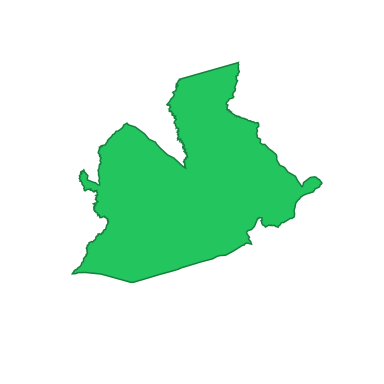 outline of Kasenengwa, Eastern, Zambia, rotated 33°
{"feature_id": "96606910B99834275279733", "entity_name": "Kasenengwa", "entity_type": "district", "adm_level": 2, "iso_a3": "ZMB", "parent_name": "Zambia", "parent_adm1": "Eastern", "projection": "robinson", "projection_center": [32.185, -13.669], "detail": "fine", "context": "isolated", "style": "filled", "palette": "green", "viewbox_px": 384, "rotation_deg": 33, "n_neighbors": 0, "source": "geoboundaries", "source_scale": "gbopen_adm2", "svg_char_len": 6054}
<svg xmlns="http://www.w3.org/2000/svg" viewBox="0 0 384 384"><g transform="rotate(33 192 192)"><path d="M210.8,98.6L210.2,98.6L209.6,97.9L207.2,99.8L205.6,99.6L203.6,100.6L202.4,100.4L200.3,101.6L198.6,101.2L196.9,102.0L196.4,101.6L193.5,102.9L191.7,102.9L191.0,103.5L190.4,103.0L189.1,103.4L189.0,103.9L188.1,104.5L187.4,103.9L186.4,104.6L185.6,104.1L182.4,104.3L181.6,103.4L180.7,104.1L180.1,103.4L179.5,104.1L178.4,102.9L176.6,104.0L176.1,102.7L175.2,101.8L174.7,99.5L172.9,99.7L172.2,98.6L172.8,95.4L172.6,93.7L175.1,90.8L175.2,89.4L173.2,88.7L173.2,87.9L172.7,87.2L172.6,85.8L173.0,83.6L172.2,81.7L171.0,81.4L169.7,75.5L169.6,73.8L167.9,73.6L167.3,72.2L165.8,71.0L167.0,69.3L166.1,67.7L166.3,66.2L165.9,64.9L164.7,64.6L163.3,62.5L162.6,62.3L161.8,59.8L160.7,59.3L160.4,58.2L120.4,104.0L120.9,104.0L121.0,104.4L120.1,105.7L120.0,106.7L120.6,108.2L119.9,109.5L121.1,112.1L121.7,110.1L122.3,110.4L121.8,111.3L123.2,115.9L121.6,118.9L124.1,119.9L124.5,121.9L123.7,125.6L124.0,128.4L123.4,132.4L124.4,132.5L126.1,131.1L126.6,132.1L128.0,132.6L127.4,134.2L127.8,135.2L128.8,135.5L128.7,136.5L130.0,136.5L130.8,135.5L132.1,136.4L132.6,137.2L133.4,136.7L133.2,138.0L133.5,138.4L137.0,137.3L137.0,138.0L136.3,138.9L136.6,139.4L137.5,139.8L138.3,139.2L139.3,139.7L138.9,142.4L139.5,144.0L141.1,143.9L142.0,145.2L143.7,146.2L144.0,147.0L144.4,146.2L145.3,146.4L146.2,146.0L146.7,147.1L146.5,147.9L147.2,147.7L147.7,148.2L146.9,149.9L147.7,149.8L148.5,150.7L149.1,150.8L148.8,151.7L149.4,151.7L149.9,152.5L150.5,152.5L150.6,154.9L151.5,155.4L151.6,156.1L151.9,155.9L152.1,154.5L153.5,154.8L153.8,155.4L153.9,154.2L154.6,155.3L155.4,154.8L156.1,155.1L156.1,156.4L157.9,155.7L158.4,156.1L158.2,156.6L158.6,157.1L159.5,156.7L160.4,157.4L160.1,158.6L159.5,158.8L160.0,159.7L160.9,159.0L161.2,160.5L162.3,160.0L162.6,160.5L163.0,159.9L163.2,160.5L163.8,160.6L163.2,162.3L164.1,162.5L164.3,162.0L164.7,162.4L165.3,162.2L165.4,162.7L166.0,162.2L166.2,163.3L167.8,163.6L167.9,164.4L169.2,165.0L168.2,166.2L168.6,166.3L168.4,167.0L168.9,167.8L168.4,168.1L168.5,168.9L168.0,169.0L168.6,170.8L168.4,171.3L168.9,171.5L169.1,171.0L169.7,171.7L170.2,171.4L171.2,173.4L171.7,173.6L171.7,174.6L172.2,174.9L172.9,174.7L173.6,175.4L170.4,175.5L158.2,173.4L151.3,174.2L141.9,172.6L136.4,171.2L134.1,170.1L127.2,171.2L120.7,169.1L109.0,168.4L102.0,170.3L100.2,169.6L99.8,170.0L98.2,173.2L98.7,174.4L98.5,176.7L96.9,180.9L95.2,182.6L95.3,185.7L94.3,186.9L94.3,189.4L93.2,193.8L93.5,194.5L93.2,195.1L93.7,195.8L93.4,197.9L93.7,199.6L90.6,202.8L90.5,203.7L91.1,203.6L90.0,204.8L90.5,205.0L90.6,205.7L91.1,206.1L90.9,206.5L91.4,206.7L91.3,208.2L91.8,209.9L92.5,210.5L93.5,210.4L94.0,211.1L94.9,211.0L94.7,211.8L95.1,211.8L95.4,212.6L96.8,212.6L97.4,213.5L97.1,214.0L97.6,214.6L97.9,216.0L99.5,216.7L100.0,218.1L99.5,218.4L99.5,219.1L99.8,219.0L99.8,220.2L101.4,223.3L101.2,224.1L101.6,225.3L102.9,226.2L104.3,228.6L106.9,230.7L107.7,233.3L110.2,235.4L110.6,236.3L110.3,236.9L109.4,237.2L105.9,236.8L103.9,237.6L97.7,238.8L96.7,237.6L95.9,235.1L90.6,233.5L89.2,232.4L89.1,233.2L90.0,233.9L88.5,234.2L87.8,235.7L88.2,236.6L88.7,235.7L89.2,235.9L89.5,237.0L88.7,239.6L89.5,240.4L90.1,240.2L90.1,242.1L92.2,242.7L91.9,243.3L92.1,243.9L93.2,243.4L94.8,244.3L95.5,245.3L98.2,246.1L99.2,246.7L99.4,248.2L100.7,248.6L100.8,249.2L101.3,249.3L101.8,249.2L102.6,247.1L105.4,244.7L105.9,245.9L107.2,245.1L109.2,245.5L109.4,245.0L109.9,245.1L110.2,244.3L110.0,243.9L110.7,243.7L110.6,243.2L111.2,242.6L112.0,243.9L113.1,244.1L113.6,245.4L114.5,245.8L113.2,247.3L114.5,247.6L114.9,248.9L114.5,249.4L115.4,250.0L115.2,250.9L116.5,250.9L116.9,251.5L118.3,251.4L117.9,253.2L117.1,253.7L115.8,255.6L117.3,255.5L117.2,256.1L117.7,256.4L118.2,256.0L117.7,258.0L118.4,258.8L119.1,258.6L119.0,259.8L119.8,260.6L120.5,260.9L120.9,260.6L120.9,260.9L121.8,261.3L124.4,261.2L125.0,262.3L126.1,262.3L126.1,262.6L126.8,261.8L127.8,262.6L127.9,263.2L128.8,263.6L129.0,263.1L129.8,263.0L131.6,260.1L132.7,260.6L133.5,260.1L134.6,260.8L135.4,260.5L136.4,261.6L136.5,261.3L136.7,261.8L137.5,261.9L137.6,262.4L137.9,262.2L138.4,263.0L138.1,263.3L138.7,264.6L138.5,266.2L140.0,270.6L139.0,271.4L138.9,273.3L139.2,273.3L139.4,274.5L138.8,275.1L139.1,276.0L138.7,276.3L138.8,276.9L138.5,277.4L137.2,277.4L136.1,278.5L136.8,279.2L136.4,280.1L136.6,280.5L135.9,281.4L136.2,282.7L136.7,283.3L136.8,284.7L136.2,286.0L136.1,287.9L134.8,288.2L133.3,290.7L133.9,291.4L133.5,292.9L133.9,294.0L133.6,294.1L134.0,294.5L133.9,296.5L134.5,297.1L135.1,297.0L135.1,297.5L136.2,298.4L136.2,299.0L137.7,300.3L137.3,302.0L137.6,302.8L138.0,302.7L138.1,303.4L137.5,305.3L137.4,307.1L138.9,309.3L138.1,311.1L138.8,313.4L138.7,315.7L137.7,317.5L137.5,319.7L136.7,320.6L136.2,322.0L136.2,325.8L138.4,324.3L140.6,321.5L146.7,317.4L160.3,310.4L189.8,301.1L192.0,299.7L210.0,278.5L218.1,269.5L222.6,264.2L224.2,261.6L237.6,245.7L245.8,236.7L248.2,232.1L250.3,229.9L254.6,226.8L258.7,219.3L263.5,209.0L264.7,208.0L264.4,207.3L265.7,204.9L270.3,203.3L268.0,201.5L265.3,200.9L264.8,200.5L264.9,198.7L260.9,197.1L259.6,195.9L259.8,194.2L262.4,191.0L263.1,186.8L261.5,178.5L262.4,178.1L262.1,176.9L265.0,175.6L265.3,176.7L266.2,177.4L265.5,178.5L266.7,179.2L267.8,180.4L269.5,181.1L271.3,180.8L272.7,181.4L274.3,178.2L276.0,177.4L276.2,176.7L277.4,176.7L279.2,175.1L280.7,175.3L283.4,174.6L283.0,173.4L283.7,172.4L283.8,168.9L285.5,167.7L288.9,160.5L290.3,159.7L291.3,157.1L289.8,154.2L287.8,152.2L286.5,148.1L285.5,146.0L285.1,144.3L285.4,140.6L286.0,139.2L285.8,137.1L286.4,136.5L286.8,134.9L288.8,131.6L293.7,125.8L293.5,122.6L296.1,118.3L295.6,116.0L296.2,114.9L296.1,113.7L292.2,112.3L289.5,112.4L288.3,112.0L286.6,112.5L283.3,115.4L280.4,123.5L281.5,125.9L281.4,127.7L274.1,124.8L270.1,122.5L261.4,123.0L257.0,121.2L255.1,121.0L251.2,121.8L246.1,119.2L245.0,118.2L243.7,116.0L242.2,114.8L236.9,114.0L232.9,113.9L227.2,112.4L225.1,113.8L222.2,113.5L220.9,110.6L219.5,110.4L217.7,110.9L216.6,110.3L215.7,108.8L214.3,108.1L213.6,104.9L212.0,103.9L211.5,103.0L212.2,100.6L210.8,98.6Z" fill="#22c55e" stroke="#15803d" stroke-width="1.5"/></g></svg>